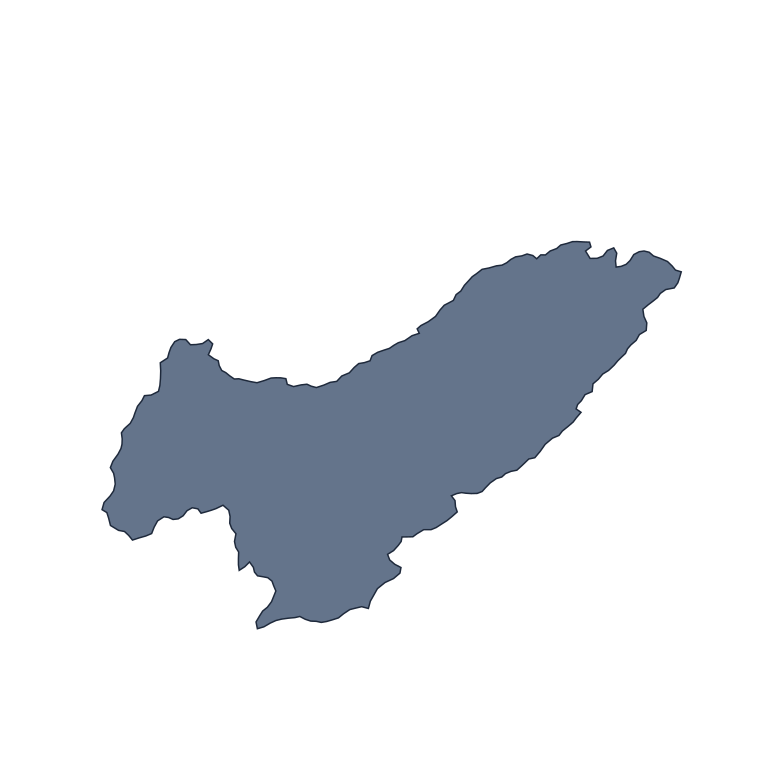 São João Evangelista, Minas Gerais, Brazil (Robinson projection), rotated 51°
{"feature_id": "56859067B41003336819861", "entity_name": "São João Evangelista", "entity_type": "district", "adm_level": 2, "iso_a3": "BRA", "parent_name": "Brazil", "parent_adm1": "Minas Gerais", "projection": "robinson", "projection_center": [-42.778, -18.496], "detail": "fine", "context": "isolated", "style": "filled", "palette": "slate", "viewbox_px": 768, "rotation_deg": 51, "n_neighbors": 0, "source": "geoboundaries", "source_scale": "gbopen_adm2", "svg_char_len": 3663}
<svg xmlns="http://www.w3.org/2000/svg" viewBox="0 0 768 768"><g transform="rotate(51 384 384)"><path d="M519.3,402.2L513.3,402.0L514.9,396.5L517.2,392.1L520.4,389.1L524.1,385.1L527.7,380.4L529.3,375.4L528.5,370.5L527.7,363.6L528.2,356.2L530.4,351.0L530.1,346.0L531.8,340.3L534.6,335.0L534.2,328.1L533.4,318.7L536.2,313.2L534.6,304.8L532.3,296.7L532.1,287.2L534.1,280.4L532.8,275.0L532.8,267.7L532.6,260.9L531.4,256.2L530.0,248.7L524.3,250.4L521.8,246.4L521.2,241.2L518.8,234.4L520.9,227.0L515.4,221.5L515.2,214.4L513.9,207.8L514.8,200.9L514.2,193.3L513.1,187.8L512.6,182.8L512.2,177.1L509.9,172.6L509.0,167.6L508.8,160.6L506.3,154.4L507.4,146.5L501.9,141.3L495.1,139.5L488.8,135.8L488.7,129.0L488.9,122.7L488.9,116.9L487.5,112.3L487.9,105.6L492.0,98.0L490.3,92.0L487.8,88.0L483.9,82.4L478.9,85.8L473.6,85.8L467.2,86.6L460.1,90.3L454.1,94.0L448.5,95.0L444.3,98.2L441.8,102.4L440.6,108.4L442.9,115.1L443.4,120.5L441.8,125.7L439.2,130.0L434.0,126.6L428.8,120.8L422.8,119.8L420.8,126.3L422.4,133.2L420.5,139.2L416.1,144.8L407.5,143.7L407.7,136.9L403.1,135.0L399.0,139.7L394.9,144.2L392.0,147.9L389.9,153.4L387.2,159.2L387.4,164.5L385.2,171.2L385.3,177.3L382.3,180.9L382.8,186.5L377.8,187.5L373.0,191.0L371.2,196.2L368.0,201.7L367.0,207.0L367.0,212.3L365.9,217.5L362.9,222.3L359.9,229.4L356.6,235.6L356.5,242.8L356.1,247.7L357.0,253.2L357.9,259.4L360.1,265.8L359.9,271.7L362.7,277.5L361.7,282.7L360.7,287.6L361.7,293.7L363.9,301.4L363.4,310.6L361.8,318.5L362.0,323.5L366.8,324.7L364.1,331.8L363.4,340.5L360.9,347.0L360.1,352.1L359.7,357.4L357.7,362.6L355.4,368.9L354.4,375.4L357.2,380.2L355.0,385.9L352.2,390.8L352.4,396.8L353.5,403.9L351.2,411.8L352.2,419.1L348.8,424.9L347.0,431.4L344.2,438.8L339.8,442.0L335.7,444.0L332.5,449.0L329.1,455.9L323.4,459.4L318.1,456.9L314.3,460.3L311.2,464.0L308.3,468.0L306.0,474.8L303.1,481.9L298.5,485.9L292.5,490.6L288.6,493.5L285.9,497.2L280.4,498.8L275.6,499.8L271.4,501.6L266.0,500.5L261.6,498.2L257.4,500.3L250.7,502.1L247.8,496.3L245.0,491.9L238.9,492.6L238.4,499.5L235.2,505.0L231.7,509.7L224.7,510.1L220.6,514.8L219.4,520.0L221.5,526.6L224.4,531.4L227.6,535.8L226.7,544.5L233.2,549.2L239.0,554.2L244.1,559.1L247.8,563.9L246.0,572.0L242.3,577.5L244.6,582.6L246.2,589.6L249.8,595.8L252.4,599.9L254.9,606.0L255.3,613.8L256.7,618.8L261.9,622.0L265.9,625.5L268.6,629.0L271.1,634.8L273.4,643.3L276.8,649.3L283.2,650.3L287.3,652.4L292.7,655.9L296.9,661.4L298.7,667.4L299.9,676.1L304.2,682.2L309.5,680.3L314.9,682.4L321.8,685.6L330.7,682.4L335.3,678.5L341.0,677.7L347.0,677.7L349.5,671.1L352.2,664.8L354.0,658.7L350.6,652.7L347.9,646.1L348.7,638.6L352.2,635.4L356.5,633.2L359.3,628.8L360.0,623.0L358.5,616.8L359.5,610.9L363.9,607.2L369.3,607.5L371.6,602.2L373.5,597.5L375.1,593.0L376.9,585.4L384.4,584.1L390.1,587.0L395.1,591.5L400.4,593.3L407.2,593.3L412.3,599.3L417.6,602.0L423.1,602.7L428.3,607.2L432.9,610.9L437.7,613.8L438.4,607.2L437.7,600.5L444.3,600.9L448.6,603.0L453.5,603.0L457.7,599.3L461.4,596.2L466.7,595.1L471.3,596.7L476.8,598.3L479.7,603.5L482.4,608.4L484.1,615.1L484.1,621.2L485.9,626.5L488.4,633.2L494.5,636.4L497.1,630.2L498.2,623.0L499.8,616.8L502.3,611.5L506.0,605.4L509.5,600.2L511.7,595.7L517.2,593.3L522.2,590.1L525.8,586.0L529.8,582.8L532.5,578.0L534.8,572.5L537.1,566.6L537.1,559.9L537.8,552.5L540.3,547.1L543.0,541.5L548.6,537.4L544.2,531.3L541.6,524.7L538.9,517.9L538.9,508.2L541.2,499.0L541.0,490.6L537.3,486.3L530.9,489.1L524.3,490.3L518.6,488.4L519.5,481.4L518.4,474.5L517.2,469.8L514.2,466.3L517.8,461.7L520.9,457.7L521.1,452.7L522.2,444.8L526.8,439.1L528.4,433.8L529.1,427.2L529.8,421.2L529.8,415.1L529.5,407.6L524.4,405.7L519.3,402.2Z" fill="#64748b" stroke="#1e293b" stroke-width="1.5"/></g></svg>